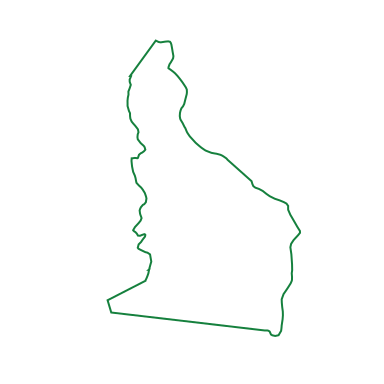 Daban, Choiseul, Saint Lucia (Mercator projection), rotated 351°
{"feature_id": "8701671B91948443212485", "entity_name": "Daban", "entity_type": "district", "adm_level": 2, "iso_a3": "LCA", "parent_name": "Saint Lucia", "parent_adm1": "Choiseul", "projection": "mercator", "projection_center": [-61.005, 13.807], "detail": "fine", "context": "isolated", "style": "outline", "palette": "green", "viewbox_px": 384, "rotation_deg": 351, "n_neighbors": 0, "source": "geoboundaries", "source_scale": "gbopen_adm2", "svg_char_len": 2917}
<svg xmlns="http://www.w3.org/2000/svg" viewBox="0 0 384 384"><g transform="rotate(351 192 192)"><path d="M179.9,36.8L148.9,67.8L149.9,68.1L148.0,71.2L147.7,73.5L148.3,76.6L146.5,80.1L144.9,82.8L144.5,85.9L143.4,88.7L142.6,91.7L142.2,94.5L141.8,97.0L142.4,102.0L143.1,104.5L142.7,107.2L142.6,109.9L143.4,113.0L144.6,115.1L146.2,117.6L147.7,120.3L148.4,121.7L148.5,124.6L147.4,126.6L146.7,129.3L146.7,131.5L148.9,135.6L149.6,136.5L151.4,138.7L152.0,139.7L152.3,140.9L152.5,142.9L151.0,144.2L148.9,145.3L147.5,145.7L145.5,146.9L144.5,148.8L143.9,149.9L143.2,150.1L142.1,149.7L140.8,149.4L139.0,149.4L138.5,149.4L137.7,149.3L137.1,151.9L136.9,155.3L136.8,157.5L137.0,162.2L137.1,163.2L138.1,166.9L138.4,169.3L138.5,173.0L138.6,174.3L140.6,177.3L142.5,179.7L143.8,182.1L144.3,183.4L144.5,183.8L145.2,185.5L145.5,187.0L145.9,189.4L146.0,191.3L144.8,194.9L142.9,196.6L141.5,197.0L139.1,199.1L138.1,200.6L137.4,202.0L137.3,205.2L137.5,206.7L137.9,208.5L138.1,209.9L136.8,212.2L135.7,213.2L134.5,214.3L132.1,216.2L130.2,217.7L128.0,220.4L127.9,220.7L128.9,222.0L129.8,222.7L131.0,224.5L131.8,226.6L133.8,227.1L135.9,226.6L138.3,226.2L138.7,226.3L139.2,227.1L138.6,228.7L135.8,231.3L133.9,233.4L131.1,235.4L129.7,238.6L130.3,239.7L132.3,241.2L136.5,244.1L138.6,245.0L140.8,247.1L140.9,254.4L139.4,257.6L138.1,260.5L138.1,261.2L137.2,261.9L137.5,261.9L136.2,265.5L134.8,268.1L133.4,270.4L132.5,271.6L132.2,272.4L91.7,285.7L93.4,298.4L242.0,340.1L242.5,340.2L244.9,340.6L245.8,341.0L246.9,342.0L247.1,342.8L247.7,345.1L248.9,346.1L251.7,347.2L255.1,347.0L256.9,344.8L258.3,343.1L259.0,340.7L259.4,339.2L259.6,338.2L261.6,331.8L262.5,328.0L263.0,324.2L263.1,319.6L263.4,315.3L263.8,312.0L266.5,307.1L269.0,304.5L271.7,301.6L275.2,297.6L276.6,295.4L277.0,294.4L277.5,291.6L277.8,287.9L278.7,284.9L279.5,279.2L279.9,274.7L280.4,269.1L280.5,262.0L281.8,258.7L284.9,255.3L290.1,251.2L292.3,249.2L292.5,247.4L290.5,242.7L289.1,239.0L286.6,232.5L285.6,230.0L284.2,224.6L284.6,221.8L284.8,220.8L283.5,218.2L281.2,216.4L277.3,214.0L272.7,211.6L268.1,208.3L265.2,205.5L262.1,202.1L258.7,199.5L255.2,197.6L253.5,195.8L252.9,193.6L252.5,190.6L232.2,165.8L231.3,164.3L230.6,163.6L228.6,161.7L227.5,160.8L227.0,160.4L225.7,159.6L222.1,158.0L220.5,157.5L217.4,156.4L213.6,154.2L211.8,153.1L210.7,152.1L208.3,149.8L206.5,147.8L203.8,144.6L203.1,143.7L199.3,137.9L198.5,136.7L196.9,133.3L196.3,131.7L195.4,127.9L194.8,126.6L193.5,122.4L192.1,119.0L191.8,117.8L191.8,115.1L192.5,112.0L193.5,109.6L193.7,109.3L194.6,107.7L196.5,106.0L198.1,103.8L199.7,100.0L202.1,94.5L202.6,92.6L202.9,90.0L202.3,87.8L201.0,84.9L199.7,82.1L197.8,78.5L195.9,75.2L195.3,74.3L193.9,72.2L192.4,70.4L190.0,67.9L188.1,66.1L188.3,65.1L189.8,62.3L191.4,60.6L194.2,57.1L194.9,54.9L194.8,50.4L194.8,48.0L194.7,43.2L194.4,41.5L193.8,40.2L193.5,40.1L192.1,39.5L189.1,39.3L184.5,39.3L182.7,38.7L181.9,38.2L179.9,36.8Z" fill="none" stroke="#15803d" stroke-width="2"/></g></svg>